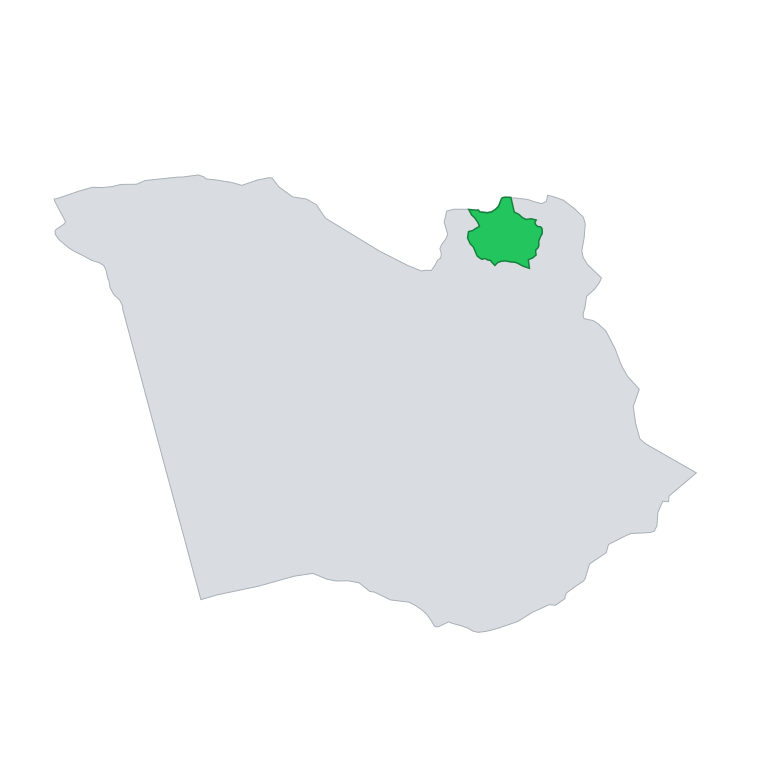 where Arua sits in Uganda, rotated 75°
{"feature_id": "UGA-3080", "entity_name": "Arua", "entity_type": "County", "adm_level": 1, "iso_a3": "UGA", "parent_name": "Uganda", "parent_adm1": "", "projection": "albers", "projection_center": [31.087, 2.968], "detail": "fine", "context": "in_parent", "style": "filled", "palette": "green", "viewbox_px": 768, "rotation_deg": 75, "n_neighbors": 0, "source": "natural_earth", "source_scale": "10m", "svg_char_len": 3232}
<svg xmlns="http://www.w3.org/2000/svg" viewBox="0 0 768 768"><g transform="rotate(75 384 384)"><path d="M544.9,616.7L534.1,616.7L516.7,616.8L499.2,616.8L481.8,616.8L464.3,616.9L446.8,616.9L429.4,616.9L411.9,617.0L394.5,617.0L377.0,617.0L359.6,617.0L342.1,617.0L324.6,617.0L307.2,617.0L289.7,617.0L272.3,617.0L254.8,617.0L244.5,617.0L242.4,616.7L241.0,616.3L234.4,617.6L227.6,621.9L220.3,623.7L212.6,622.9L211.6,623.4L207.7,623.3L202.0,623.0L196.9,624.1L193.0,627.9L189.0,634.3L181.9,641.7L176.3,648.2L171.5,652.8L160.6,660.5L154.6,662.7L151.7,662.4L149.9,660.9L146.5,651.1L144.4,649.6L123.2,654.6L120.0,654.7L120.3,651.6L118.7,628.6L118.5,614.5L121.3,605.7L122.9,595.5L123.1,586.6L127.0,571.3L125.6,562.2L130.7,530.1L132.0,524.8L134.0,509.3L137.1,504.6L139.9,502.7L143.5,493.2L150.4,478.0L155.3,470.1L154.2,453.0L155.0,441.4L156.1,438.8L166.4,434.5L179.7,423.7L185.3,411.0L193.2,403.0L208.6,397.7L254.1,354.3L275.3,330.8L284.5,318.8L284.9,314.5L286.6,308.9L282.9,304.4L278.5,300.4L277.0,296.7L273.2,294.9L267.8,295.0L264.2,292.3L260.1,287.0L256.0,283.7L243.1,284.0L233.2,278.6L233.3,271.2L237.2,256.8L244.8,240.2L245.2,235.6L244.1,231.7L242.3,228.4L238.9,225.1L235.7,221.1L238.2,209.2L242.9,197.5L246.8,191.7L250.6,185.1L249.5,179.8L244.0,177.1L246.9,171.9L252.9,163.1L264.5,154.2L274.7,148.2L281.5,148.2L294.7,152.9L306.7,158.5L313.3,158.8L321.3,156.5L337.8,146.5L341.8,149.7L346.6,155.7L351.9,165.7L362.3,170.2L367.3,173.3L370.9,174.2L372.9,173.4L376.8,165.6L381.6,161.3L390.4,155.9L409.9,151.6L423.8,150.3L429.6,149.4L439.5,146.8L455.1,138.8L470.4,149.1L487.1,151.1L503.2,151.0L508.1,147.8L510.9,145.4L527.8,128.4L550.7,105.3L566.0,137.7L571.3,139.6L570.5,142.4L569.3,145.1L579.3,152.9L591.6,157.0L596.0,161.0L596.4,165.3L592.3,184.3L593.1,189.7L597.1,208.7L604.4,212.9L611.0,232.0L624.1,240.1L626.0,242.4L629.1,251.7L633.1,261.9L636.3,264.2L638.2,264.8L642.1,275.6L639.9,281.6L643.0,300.0L648.0,316.4L649.4,336.1L649.5,344.7L649.3,350.0L648.2,357.5L645.9,361.8L641.7,366.0L637.1,372.6L633.1,379.7L630.5,383.2L632.5,393.8L632.1,396.6L631.0,397.9L625.0,399.6L617.4,402.4L612.8,405.3L606.3,410.7L601.1,416.5L594.2,433.7L582.6,447.0L580.7,451.4L569.7,459.4L564.9,469.2L561.9,481.2L557.7,489.8L548.5,501.7L546.4,520.3L546.8,557.6L544.5,600.0L544.9,616.7Z" fill="#d9dde1" stroke="#a8b0b8" stroke-width="1"/><path d="M237.3,257.0L240.0,249.9L240.1,249.4L240.1,248.4L240.4,247.8L240.8,247.6L242.0,247.3L242.3,247.1L243.0,246.2L245.4,239.6L245.6,235.7L244.5,231.8L242.3,227.8L240.6,226.3L236.0,223.1L234.8,221.7L234.7,219.8L235.1,217.7L236.6,213.1L241.0,213.3L251.5,213.7L255.0,209.9L259.1,207.2L261.8,204.2L262.5,199.1L265.0,194.5L267.1,196.6L269.9,196.0L271.8,194.6L272.6,192.2L274.6,191.1L277.1,191.5L279.9,192.4L281.8,194.4L285.8,197.4L290.8,198.8L292.6,200.4L293.8,202.7L296.1,203.4L298.8,203.7L300.8,208.0L301.3,212.4L309.9,213.6L306.3,219.0L301.9,223.8L300.4,225.8L299.1,229.6L296.6,234.7L295.8,238.7L296.1,242.7L298.2,246.2L293.9,248.5L292.0,249.3L291.6,250.7L290.7,252.2L289.3,253.3L288.8,254.8L289.0,256.8L288.0,258.2L284.4,260.9L274.9,262.2L271.0,264.4L264.5,265.5L258.7,263.0L258.7,258.5L257.4,254.9L256.5,251.0L252.4,251.5L246.9,253.4L243.5,255.6L237.3,257.0Z" fill="#22c55e" stroke="#15803d" stroke-width="1.5"/></g></svg>